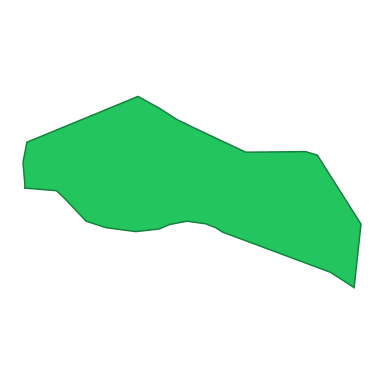 the district of L'Union, Praslin, Saint Lucia
{"feature_id": "8701671B12184767464675", "entity_name": "L'Union", "entity_type": "district", "adm_level": 2, "iso_a3": "LCA", "parent_name": "Saint Lucia", "parent_adm1": "Praslin", "projection": "albers", "projection_center": [-60.901, 13.877], "detail": "fine", "context": "isolated", "style": "filled", "palette": "green", "viewbox_px": 384, "rotation_deg": 0, "n_neighbors": 0, "source": "geoboundaries", "source_scale": "gbopen_adm2", "svg_char_len": 495}
<svg xmlns="http://www.w3.org/2000/svg" viewBox="0 0 384 384"><path d="M138.0,96.4L26.9,142.2L23.0,162.2L25.0,186.3L24.7,188.1L56.5,190.7L64.7,198.5L86.1,221.2L106.2,227.7L135.8,231.6L159.1,229.0L169.8,224.5L186.8,221.2L205.7,223.8L215.7,227.7L222.7,232.2L330.4,272.3L354.1,287.6L356.6,264.7L361.0,224.1L334.3,182.0L317.4,155.2L305.6,151.6L245.7,152.2L219.1,139.7L191.6,126.7L185.3,123.6L176.9,119.5L159.9,108.6L145.9,100.8L138.0,96.4Z" fill="#22c55e" stroke="#15803d" stroke-width="1.5"/></svg>